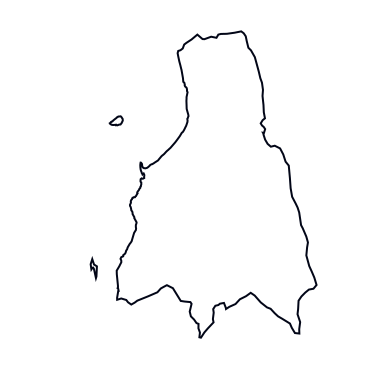 Bukoba Urban, Kagera, United Republic of Tanzania (Robinson projection), rotated 172°
{"feature_id": "72390352B77165247512892", "entity_name": "Bukoba Urban", "entity_type": "district", "adm_level": 2, "iso_a3": "TZA", "parent_name": "United Republic of Tanzania", "parent_adm1": "Kagera", "projection": "robinson", "projection_center": [31.824, -1.321], "detail": "fine", "context": "isolated", "style": "outline", "palette": "ink", "viewbox_px": 384, "rotation_deg": 172, "n_neighbors": 0, "source": "geoboundaries", "source_scale": "gbopen_adm2", "svg_char_len": 5490}
<svg xmlns="http://www.w3.org/2000/svg" viewBox="0 0 384 384"><g transform="rotate(172 192 192)"><path d="M186.0,333.6L186.9,331.5L186.8,329.0L186.7,327.4L186.5,324.6L186.4,323.2L185.9,319.1L185.5,315.0L185.4,314.6L185.4,314.4L185.3,311.8L185.1,305.8L185.3,302.3L184.6,301.5L184.4,301.3L184.3,300.2L184.2,299.2L184.4,298.4L184.2,297.8L184.1,297.5L184.0,297.3L183.1,296.3L182.9,296.0L182.7,294.9L182.7,294.0L182.9,292.7L182.5,291.4L184.2,286.7L184.4,285.2L184.8,283.2L184.9,282.9L184.9,282.5L185.7,275.0L184.9,268.9L184.9,267.6L185.6,266.5L185.8,265.9L186.5,265.0L186.4,263.6L186.6,262.9L186.7,262.1L188.6,258.3L189.2,257.5L191.0,254.8L192.5,252.9L193.4,252.3L193.9,252.0L195.5,250.0L195.8,249.6L196.3,249.0L196.5,248.8L199.2,246.0L201.7,243.5L207.2,238.7L208.4,237.9L209.1,237.4L209.5,237.1L209.8,236.9L210.8,236.3L211.6,235.7L211.8,235.6L212.5,235.0L214.3,233.5L215.1,233.0L215.2,232.9L216.3,232.3L217.2,231.7L220.2,229.0L221.2,228.0L224.9,226.3L225.3,226.1L225.8,225.8L226.3,225.6L226.8,225.4L227.4,225.1L228.2,225.1L229.7,224.5L229.8,224.4L230.4,223.8L230.6,223.7L231.3,223.2L231.9,222.8L233.0,222.2L234.8,221.9L235.4,222.1L236.3,222.3L237.1,223.0L237.4,223.3L237.7,224.9L237.7,225.6L237.6,226.3L237.6,226.5L237.7,226.9L238.2,227.8L238.3,228.0L238.6,228.2L238.7,228.3L238.8,228.3L239.2,227.0L239.5,225.7L239.5,225.2L239.6,224.9L239.6,224.1L239.7,223.6L239.7,222.7L239.7,222.3L239.7,222.1L239.7,221.2L239.5,219.8L239.2,218.8L239.1,217.9L239.1,217.7L238.8,217.3L238.6,216.4L238.5,216.5L238.3,216.6L237.9,216.8L237.3,217.1L236.9,215.9L236.9,215.0L237.0,214.7L237.3,213.6L237.3,213.3L237.4,213.0L237.4,212.7L237.5,212.7L237.6,212.4L238.0,212.3L238.2,212.2L238.4,212.1L238.9,212.0L239.4,212.1L239.7,212.3L240.0,212.5L240.3,212.3L240.7,212.1L241.0,211.9L241.1,211.6L241.2,211.4L241.2,211.0L241.3,210.7L241.5,210.1L241.5,209.8L241.5,209.6L241.3,208.9L240.9,208.5L241.0,207.7L241.2,206.4L241.4,206.1L241.6,205.7L241.7,205.4L241.9,204.6L242.4,204.3L242.7,203.2L243.0,203.0L243.6,202.6L244.0,201.7L244.5,201.2L245.1,200.6L245.9,199.8L245.9,199.7L246.4,198.8L246.3,198.7L246.1,198.2L246.4,197.9L246.7,197.5L247.1,197.0L247.4,196.7L248.1,195.7L248.4,195.6L248.9,195.3L249.2,194.8L249.8,194.8L250.6,194.9L251.2,194.4L251.7,194.5L252.2,193.8L252.3,193.6L252.5,193.1L252.9,192.8L253.3,192.5L253.4,192.3L253.9,191.4L253.9,190.6L253.9,190.4L253.9,190.2L254.2,189.6L254.3,189.2L254.7,188.7L255.2,187.9L255.3,186.9L254.8,185.6L254.7,184.4L254.6,183.4L254.7,182.6L254.6,182.3L254.3,181.6L253.9,181.0L253.8,180.2L253.8,179.7L253.8,178.9L253.9,178.4L253.4,177.1L252.6,175.0L252.8,174.2L251.1,169.7L251.4,168.6L252.1,167.3L252.2,167.0L252.4,165.7L252.5,164.8L252.4,163.9L252.9,162.1L253.6,161.3L254.0,160.8L255.0,159.6L258.7,151.5L260.1,150.0L260.4,149.7L260.6,149.6L260.8,149.4L263.4,146.1L264.3,144.2L264.6,143.9L265.3,143.2L266.0,141.6L266.1,141.4L266.6,140.6L266.7,140.4L268.4,139.3L268.9,139.0L269.1,137.9L271.1,137.3L271.2,137.2L272.1,135.7L271.6,134.2L271.6,133.8L271.7,132.8L271.8,132.4L271.8,132.2L273.5,129.8L274.3,128.6L277.5,124.6L277.9,121.1L278.4,108.9L278.6,108.3L278.9,107.4L278.6,107.4L278.6,106.9L278.4,104.3L278.8,104.3L280.9,97.6L281.1,95.7L276.9,96.4L272.1,94.2L270.7,91.7L267.8,89.0L264.2,90.4L261.3,92.0L250.0,94.8L240.2,97.5L236.3,100.8L233.5,101.9L230.2,103.1L229.8,103.2L224.3,99.4L218.3,85.7L215.7,84.9L214.7,84.6L208.9,83.2L208.0,81.3L210.9,73.9L210.4,69.0L207.7,65.4L205.8,61.6L203.9,60.5L204.6,56.1L203.7,51.7L204.9,47.1L203.4,46.5L199.3,51.2L195.3,54.7L191.2,58.0L188.8,59.9L189.0,63.2L187.3,69.5L187.3,73.1L184.7,76.1L181.6,76.4L179.9,77.5L175.8,77.7L174.6,72.5L174.6,71.4L171.0,73.1L164.5,75.0L159.5,79.1L153.0,81.3L147.9,84.0L144.3,80.7L139.3,73.1L133.8,67.3L130.4,65.4L127.0,60.5L124.1,56.9L120.3,53.9L113.3,48.1L112.1,43.7L109.7,38.0L105.4,36.9L104.9,41.3L103.0,48.1L104.5,56.3L103.2,61.3L101.6,69.5L98.2,73.3L93.9,76.6L89.8,79.1L85.2,79.3L81.6,82.6L82.8,90.3L84.5,96.6L86.2,102.3L87.6,113.3L85.7,121.2L84.2,125.9L85.0,131.9L87.4,140.7L88.6,144.0L88.7,156.8L89.6,161.9L90.9,166.0L93.5,173.3L93.8,182.0L93.1,192.2L92.5,204.7L95.1,209.0L96.4,216.5L98.7,222.9L103.6,226.3L107.6,225.9L110.4,229.1L112.3,233.7L113.2,238.9L113.0,239.4L113.5,240.8L112.5,240.5L111.9,241.8L110.8,244.1L111.9,246.4L113.4,248.1L114.4,250.4L112.0,253.3L109.5,254.8L109.8,260.9L109.1,268.2L108.8,277.3L107.5,283.2L107.5,290.5L108.5,295.2L109.1,301.8L110.1,309.8L111.0,316.8L113.9,324.1L116.1,327.0L116.8,333.9L117.1,338.7L118.7,342.0L120.9,344.2L127.7,343.8L135.4,343.8L141.4,344.5L144.0,344.2L146.3,341.3L151.4,343.1L158.4,341.6L160.3,342.0L164.8,347.1L171.2,343.1L176.7,340.5L179.2,339.1L181.2,335.4L183.7,334.0L186.0,333.6ZM257.8,268.7L257.3,268.6L256.7,268.4L256.2,268.6L255.8,268.7L255.7,268.6L254.5,268.9L253.4,268.8L252.7,269.5L252.1,270.0L252.0,270.3L251.7,270.7L251.7,270.8L251.3,271.2L250.6,272.4L250.5,273.8L250.6,274.3L250.8,274.6L251.0,275.0L251.2,275.6L251.5,276.0L251.6,276.3L251.8,276.6L252.2,276.9L252.8,276.9L253.2,276.9L253.4,276.9L254.4,277.0L254.9,276.8L254.9,276.7L255.5,276.5L255.9,276.4L256.3,276.1L256.5,275.8L257.5,275.3L259.9,273.9L260.8,273.1L261.5,272.8L261.5,273.0L262.1,272.8L262.6,272.5L262.9,272.1L263.3,271.7L263.9,271.5L263.9,271.3L263.5,270.9L263.0,270.3L262.0,269.7L261.9,269.6L260.6,269.3L259.1,269.2L258.3,269.2L258.0,269.2L258.0,268.8L257.9,268.8L257.9,268.7L257.8,268.7ZM299.8,129.4L299.1,120.1L298.4,121.6L296.5,131.6L299.1,133.8L300.1,139.4L302.4,134.6L302.4,129.4L301.1,130.9L300.4,130.9L299.8,129.4Z" fill="none" stroke="#020617" stroke-width="2"/></g></svg>